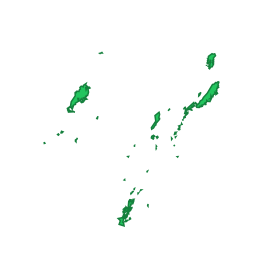 outline of Samarai-Murua District, Milne Bay, Papua New Guinea, rotated 286°
{"feature_id": "67681753B57356093785831", "entity_name": "Samarai-Murua District", "entity_type": "district", "adm_level": 2, "iso_a3": "PNG", "parent_name": "Papua New Guinea", "parent_adm1": "Milne Bay", "projection": "mercator", "projection_center": [152.452, -10.176], "detail": "fine", "context": "isolated", "style": "filled", "palette": "green", "viewbox_px": 256, "rotation_deg": 286, "n_neighbors": 0, "source": "geoboundaries", "source_scale": "gbopen_adm2", "svg_char_len": 5914}
<svg xmlns="http://www.w3.org/2000/svg" viewBox="0 0 256 256"><g transform="rotate(286 128 128)"><path d="M137.6,66.2L133.1,66.7L130.7,69.2L133.8,69.4L133.8,68.9L135.4,69.7L136.2,71.0L137.4,70.6L140.0,73.0L142.6,71.6L142.8,72.4L141.7,72.4L140.8,74.2L142.9,74.9L142.4,75.2L143.1,75.3L143.0,76.3L141.0,77.4L140.1,76.6L140.7,75.6L139.9,75.7L139.6,76.5L140.7,77.9L143.5,78.8L144.4,80.5L145.2,78.6L143.9,77.9L144.5,77.2L144.3,76.1L145.4,78.5L146.4,78.8L146.7,77.9L146.8,79.3L147.8,79.2L148.1,80.2L151.5,80.2L154.7,78.7L156.0,80.4L156.6,79.6L156.2,78.8L154.7,77.4L153.1,77.2L155.2,76.1L156.8,77.4L157.6,75.3L159.1,75.4L156.7,73.4L155.2,73.6L155.3,71.5L153.7,70.6L152.3,71.5L151.5,70.8L149.6,70.8L149.3,68.7L147.8,68.5L148.0,67.7L147.4,67.4L144.4,68.4L137.6,66.2ZM171.3,189.5L167.8,187.3L166.8,188.5L167.4,190.9L168.9,191.2L168.4,192.0L169.3,193.4L170.2,192.6L171.3,194.5L173.2,195.1L171.5,196.6L173.5,195.8L174.9,196.4L176.2,196.1L175.6,197.5L176.0,199.5L179.2,200.0L178.8,198.7L180.2,199.9L180.8,199.1L181.8,198.9L181.1,199.5L181.8,200.5L180.8,201.0L183.6,200.9L185.0,202.5L186.2,201.7L186.2,203.4L184.7,203.5L185.9,204.5L188.0,202.5L188.5,203.0L190.2,202.5L191.9,203.7L192.1,202.7L193.4,203.4L194.2,202.6L197.1,202.7L197.3,201.9L195.7,200.4L195.8,199.6L194.0,198.8L193.1,197.2L183.2,194.6L178.2,192.1L175.7,191.6L173.9,190.0L171.3,189.5ZM219.1,185.6L216.3,186.0L215.3,187.5L215.8,186.0L215.1,186.5L214.7,185.9L213.4,186.4L211.7,185.9L213.0,187.0L212.0,187.4L215.0,188.6L212.7,189.3L211.2,188.9L211.0,189.4L209.4,188.2L209.2,189.3L207.7,189.3L207.4,190.1L209.4,190.7L210.1,192.1L212.3,192.4L213.4,191.7L213.1,192.5L214.1,192.3L214.5,190.7L215.4,192.0L216.2,191.7L216.4,190.6L217.4,191.5L218.9,190.8L221.6,192.2L223.2,190.9L222.4,189.4L222.6,188.3L219.1,185.6ZM147.4,150.5L142.2,152.8L134.8,150.4L133.4,151.1L135.0,152.5L138.0,153.3L138.7,154.0L139.9,153.6L145.0,155.9L146.0,155.7L146.1,154.8L149.9,154.6L151.7,153.5L147.4,150.5ZM32.8,151.2L35.7,149.8L36.0,148.8L38.7,149.0L40.5,147.7L38.3,143.5L36.8,146.2L32.9,146.0L32.8,151.2ZM57.4,149.0L52.0,150.0L51.0,151.0L51.1,152.5L52.2,152.5L52.6,151.4L54.6,152.1L55.4,151.5L56.5,153.5L58.6,153.6L58.1,153.1L59.6,152.3L57.9,151.9L58.7,150.6L59.8,150.7L59.6,149.5L58.8,149.3L58.2,150.3L58.2,149.5L57.5,149.9L57.4,149.0ZM51.0,147.5L49.0,146.2L49.3,147.9L48.3,147.1L48.4,147.8L48.2,148.1L47.9,146.9L46.6,147.0L46.3,146.3L45.4,146.7L46.5,148.9L47.7,149.7L47.3,150.1L49.0,150.6L49.3,152.1L46.1,151.3L44.5,150.0L44.0,150.0L43.8,150.9L45.0,151.0L45.6,152.4L46.6,151.8L50.6,152.7L50.1,148.3L50.8,148.2L51.0,147.5ZM163.9,180.0L162.5,179.8L161.8,180.6L163.0,181.3L162.8,182.4L163.1,182.8L163.2,182.0L163.8,182.1L164.9,183.4L166.5,183.6L167.3,184.7L166.4,184.8L167.5,185.7L170.3,184.0L163.9,180.0ZM130.1,64.3L126.9,66.4L128.7,71.6L128.5,65.7L129.2,66.1L129.2,65.3L130.7,65.4L131.8,66.7L133.0,66.7L130.1,64.3ZM126.5,153.1L124.9,153.2L124.3,155.3L125.0,155.6L126.3,154.9L127.8,156.2L127.5,155.4L128.0,154.5L126.5,153.1ZM160.2,178.5L157.5,178.5L157.6,179.6L156.3,180.2L157.8,181.1L158.2,180.5L158.9,181.5L159.7,181.2L159.1,180.4L160.2,178.5ZM41.1,149.0L40.8,148.4L40.0,150.3L41.1,150.2L41.1,150.9L42.2,151.5L43.7,151.5L43.7,151.0L42.4,150.7L43.5,150.1L43.2,149.7L41.6,150.2L41.9,148.7L41.1,149.0ZM180.3,186.8L178.3,187.2L179.2,187.8L182.3,188.3L180.3,186.8ZM106.4,66.6L106.5,65.0L104.9,64.9L105.0,65.8L106.4,66.6ZM162.3,178.2L160.5,178.4L160.5,179.2L162.5,179.1L162.3,178.2ZM37.1,150.7L37.5,152.0L39.2,153.2L38.6,151.5L37.1,150.7ZM136.8,174.4L134.8,174.4L135.6,175.7L136.4,175.1L137.2,175.5L136.8,174.4ZM128.1,158.7L127.3,157.7L126.2,158.8L127.4,159.4L128.1,158.7ZM142.2,177.3L141.5,176.8L141.1,177.8L143.0,177.6L143.0,176.9L142.2,177.3ZM102.0,80.8L100.8,81.1L100.4,81.8L102.2,81.3L103.2,82.0L104.6,82.0L103.3,81.9L102.0,80.8ZM102.6,63.4L103.1,62.7L102.3,62.1L101.9,63.0L102.6,63.4ZM131.0,96.0L128.6,95.3L128.1,96.4L128.9,95.8L131.0,96.0ZM163.2,176.8L161.2,176.2L164.2,177.8L163.2,176.8ZM42.2,154.7L41.7,154.3L40.7,154.9L41.4,155.5L42.2,154.7ZM170.9,185.7L170.3,185.7L170.5,186.4L169.8,186.8L170.4,187.1L170.9,185.7ZM154.1,178.8L153.0,178.9L153.9,180.0L154.3,179.7L154.1,178.8ZM69.0,150.8L67.6,149.6L67.2,149.8L69.0,150.8ZM52.6,153.7L52.4,152.9L51.8,152.8L51.9,153.7L52.6,153.7ZM44.5,148.2L43.8,147.5L43.3,147.9L43.8,148.4L44.5,148.2ZM60.8,152.6L60.1,152.7L59.9,153.1L61.1,153.4L60.8,152.6ZM157.7,162.7L155.6,161.8L158.1,163.1L157.7,162.7ZM113.0,139.0L111.6,139.4L113.1,139.1L113.0,139.0ZM143.9,177.3L144.7,177.3L144.1,176.5L143.9,177.3ZM66.7,149.7L66.1,148.7L65.5,149.0L66.7,149.7ZM90.4,52.3L90.9,51.8L90.7,51.5L90.1,51.8L90.4,52.3ZM71.4,150.7L69.9,150.9L71.6,150.9L71.4,150.7ZM124.7,177.6L123.1,177.0L124.7,177.6ZM60.5,168.2L58.7,168.3L58.4,168.7L60.5,168.2ZM193.4,82.1L192.7,81.6L193.0,82.6L193.4,82.1ZM146.4,178.9L147.0,178.3L146.1,178.4L146.4,178.9ZM163.2,184.1L162.5,183.3L162.8,184.4L163.2,184.1ZM51.0,153.6L50.3,152.9L49.8,153.2L51.0,153.6ZM129.8,173.4L130.3,172.7L129.1,173.1L129.8,173.4ZM41.5,147.8L42.2,147.7L41.8,147.3L41.5,147.8ZM151.3,179.2L151.1,178.6L151.4,178.0L150.8,178.5L151.3,179.2ZM68.4,155.9L68.2,155.5L67.8,155.7L68.4,155.9ZM155.2,179.5L154.7,179.2L154.3,179.6L154.5,179.8L155.2,179.5ZM100.8,136.4L100.5,135.7L100.2,136.3L100.8,136.4ZM77.0,139.2L77.5,139.0L77.0,138.7L77.0,139.2ZM91.6,158.3L90.5,158.4L91.9,158.6L91.6,158.3ZM140.6,177.8L140.8,177.1L140.6,176.8L140.3,177.4L140.6,177.8ZM72.2,157.9L72.1,157.4L71.5,157.3L72.2,157.9ZM192.8,81.2L192.3,80.8L192.0,80.3L191.9,80.6L192.8,81.2ZM210.4,186.2L209.7,186.2L209.3,186.2L210.4,186.2ZM51.1,149.0L51.3,148.5L50.6,149.0L51.1,149.0ZM42.2,149.2L42.6,149.2L42.4,148.8L42.2,149.2ZM134.4,174.9L134.1,174.6L134.4,174.9ZM128.5,72.1L128.6,72.5L128.7,71.9L128.5,72.1ZM132.7,176.3L132.4,175.9L132.1,176.1L132.7,176.3ZM118.2,160.6L118.5,160.2L117.7,160.4L118.2,160.6ZM116.6,161.0L116.0,160.7L115.8,160.8L116.6,161.0ZM113.8,183.7L114.2,183.8L114.0,183.3L113.8,183.7Z" fill="#22c55e" stroke="#15803d" stroke-width="1.5"/></g></svg>